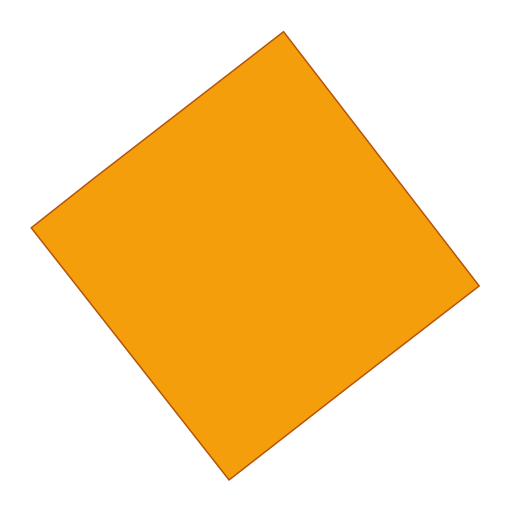 Carroll, Iowa, United States of America (orthographic projection), rotated 142°
{"feature_id": "52423323B39741133504454", "entity_name": "Carroll", "entity_type": "district", "adm_level": 2, "iso_a3": "USA", "parent_name": "United States of America", "parent_adm1": "Iowa", "projection": "orthographic", "projection_center": [-94.81, 42.036], "detail": "fine", "context": "isolated", "style": "filled", "palette": "amber", "viewbox_px": 512, "rotation_deg": 142, "n_neighbors": 0, "source": "geoboundaries", "source_scale": "gbopen_adm2", "svg_char_len": 249}
<svg xmlns="http://www.w3.org/2000/svg" viewBox="0 0 512 512"><g transform="rotate(142 256 256)"><path d="M415.1,96.1L257.8,95.9L98.6,95.0L96.2,415.8L335.8,417.0L415.8,416.6L415.1,96.1Z" fill="#f59e0b" stroke="#b45309" stroke-width="1.5"/></g></svg>